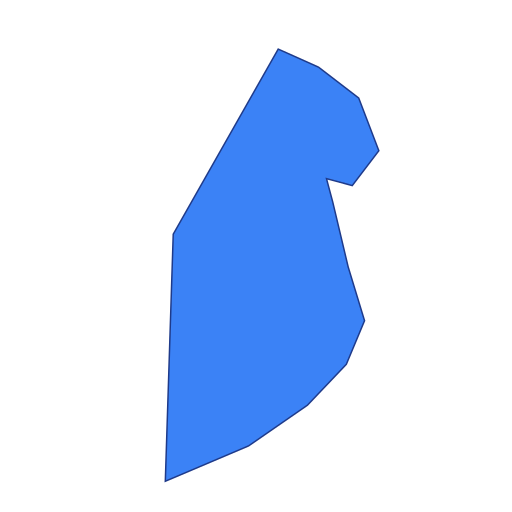 SVG path tracing the border of Acquaviva, rotated 345°
{"feature_id": "SMR-4885", "entity_name": "Acquaviva", "entity_type": "state/province", "adm_level": 1, "iso_a3": "SMR", "parent_name": "San Marino", "parent_adm1": "", "projection": "mercator", "projection_center": [12.411, 43.944], "detail": "fine", "context": "isolated", "style": "filled", "palette": "blue", "viewbox_px": 512, "rotation_deg": 345, "n_neighbors": 0, "source": "natural_earth", "source_scale": "10m", "svg_char_len": 361}
<svg xmlns="http://www.w3.org/2000/svg" viewBox="0 0 512 512"><g transform="rotate(345 256 256)"><path d="M110.1,450.1L181.7,213.5L291.6,101.9L331.0,61.9L365.3,89.8L396.1,130.0L401.9,186.1L367.2,212.9L344.1,199.5L344.1,223.6L342.2,290.4L344.1,346.6L315.2,384.0L267.1,413.4L199.7,437.5L110.1,450.1Z" fill="#3b82f6" stroke="#1e3a8a" stroke-width="1.5"/></g></svg>